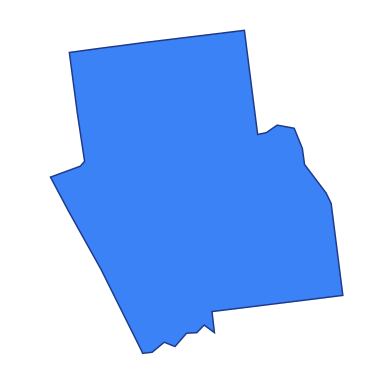 the district of Flagler, Florida, United States of America, rotated 174°
{"feature_id": "52423323B80488084984098", "entity_name": "Flagler", "entity_type": "district", "adm_level": 2, "iso_a3": "USA", "parent_name": "United States of America", "parent_adm1": "Florida", "projection": "mercator", "projection_center": [-81.314, 29.466], "detail": "fine", "context": "isolated", "style": "filled", "palette": "blue", "viewbox_px": 384, "rotation_deg": 174, "n_neighbors": 0, "source": "geoboundaries", "source_scale": "gbopen_adm2", "svg_char_len": 512}
<svg xmlns="http://www.w3.org/2000/svg" viewBox="0 0 384 384"><g transform="rotate(174 192 192)"><path d="M52.8,73.4L54.8,166.1L58.7,176.9L77.2,207.6L77.7,223.8L83.7,244.7L100.3,249.6L112.0,243.2L120.7,242.4L123.0,347.3L221.3,345.7L269.2,344.5L299.4,343.6L297.8,282.6L295.6,233.8L300.3,229.4L331.2,221.6L316.7,185.7L290.5,124.4L258.8,39.5L258.0,36.7L248.4,36.8L235.3,45.5L225.1,40.1L212.2,52.1L201.9,51.6L193.9,58.4L184.4,49.8L184.6,71.0L52.8,73.4Z" fill="#3b82f6" stroke="#1e3a8a" stroke-width="1.5"/></g></svg>